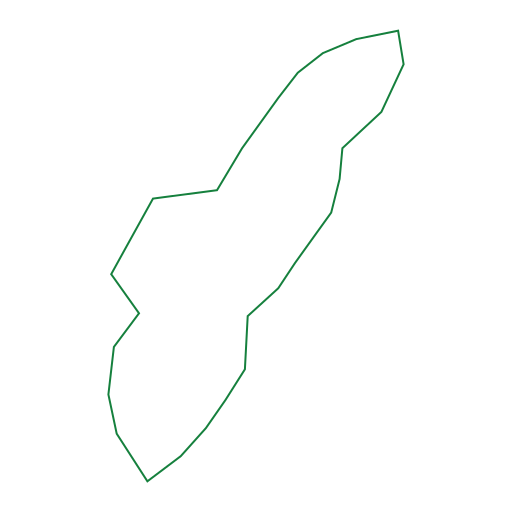 outline of Fikardou, Nicosia, Cyprus
{"feature_id": "46923920B91359939250801", "entity_name": "Fikardou", "entity_type": "district", "adm_level": 2, "iso_a3": "CYP", "parent_name": "Cyprus", "parent_adm1": "Nicosia", "projection": "albers", "projection_center": [33.185, 34.974], "detail": "fine", "context": "isolated", "style": "outline", "palette": "green", "viewbox_px": 512, "rotation_deg": 0, "n_neighbors": 0, "source": "geoboundaries", "source_scale": "gbopen_adm2", "svg_char_len": 481}
<svg xmlns="http://www.w3.org/2000/svg" viewBox="0 0 512 512"><path d="M331.2,212.6L339.6,179.0L342.4,148.2L381.4,111.9L403.6,64.3L398.1,30.7L356.3,39.1L322.9,53.1L297.8,72.7L278.3,97.9L242.1,148.2L217.0,190.2L166.5,196.8L153.0,198.6L125.1,249.0L111.2,274.2L139.0,313.3L113.9,346.9L108.4,394.5L116.7,433.7L147.4,481.3L180.8,456.1L205.9,428.1L225.4,400.1L244.9,369.3L247.7,316.1L278.3,288.2L295.0,263.0L316.3,233.3L331.2,212.6Z" fill="none" stroke="#15803d" stroke-width="2"/></svg>